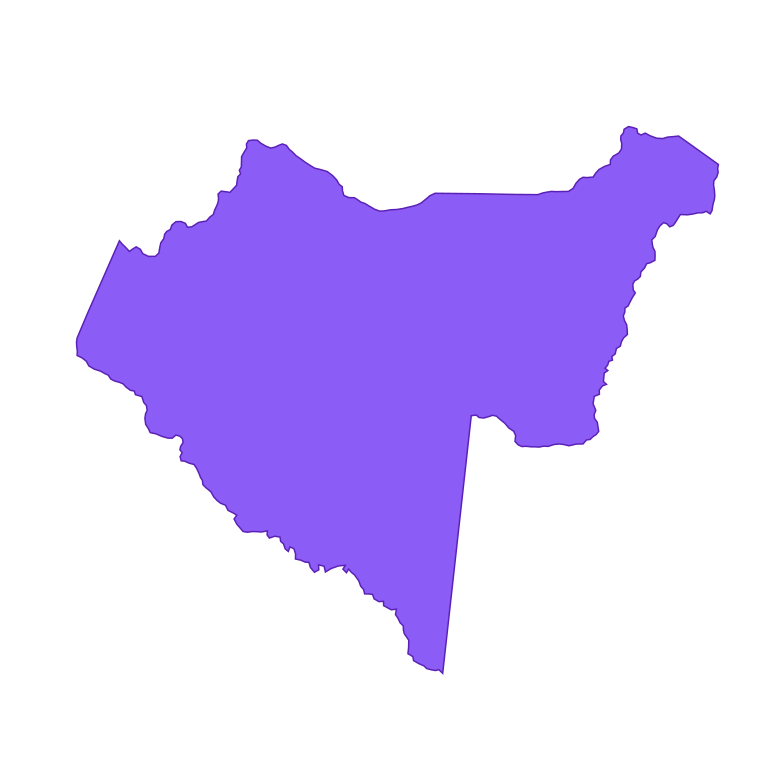 Reserva do Cabaçal, Mato Grosso, Brazil, rotated 276°
{"feature_id": "56859067B45237202156931", "entity_name": "Reserva do Cabaçal", "entity_type": "district", "adm_level": 2, "iso_a3": "BRA", "parent_name": "Brazil", "parent_adm1": "Mato Grosso", "projection": "mercator", "projection_center": [-58.451, -14.934], "detail": "fine", "context": "isolated", "style": "filled", "palette": "violet", "viewbox_px": 768, "rotation_deg": 276, "n_neighbors": 0, "source": "geoboundaries", "source_scale": "gbopen_adm2", "svg_char_len": 4648}
<svg xmlns="http://www.w3.org/2000/svg" viewBox="0 0 768 768"><g transform="rotate(276 384 384)"><path d="M590.7,692.1L597.0,692.4L602.3,693.3L605.9,693.3L610.9,692.4L616.2,691.0L620.5,690.8L624.7,693.3L629.4,694.2L633.2,693.3L637.3,693.6L661.4,651.1L660.2,645.5L659.2,640.2L657.2,635.5L657.0,629.3L658.7,622.7L660.8,617.6L658.5,613.5L660.0,610.0L664.2,608.8L665.1,604.6L665.6,600.3L662.5,596.2L658.5,595.8L655.5,593.7L651.9,593.8L648.1,595.3L642.5,595.6L638.2,593.3L634.6,588.2L630.5,585.8L626.0,586.1L623.5,580.6L619.8,575.4L615.7,572.4L611.7,570.4L610.5,564.3L610.4,560.4L608.1,557.1L603.8,554.0L598.3,551.6L594.8,547.3L594.0,540.6L593.3,535.3L593.0,530.2L591.8,525.8L590.5,521.7L588.4,517.1L586.2,494.4L584.6,476.0L583.3,460.3L579.0,414.8L576.0,409.9L573.2,407.3L567.9,402.0L565.4,397.9L563.6,393.4L562.3,389.4L560.5,384.5L558.9,378.6L558.0,372.6L556.1,365.8L555.5,361.6L556.8,356.4L559.5,350.4L561.5,346.2L562.5,342.0L564.5,338.5L566.2,335.1L565.7,329.7L567.3,324.4L571.8,322.5L575.8,321.9L577.9,318.5L581.8,315.8L585.9,311.1L589.4,305.3L590.7,298.1L591.4,292.5L593.8,287.4L596.3,282.5L598.9,278.1L601.9,272.6L605.1,268.8L607.4,265.3L611.1,262.0L612.1,257.8L610.2,254.1L608.3,251.0L606.8,246.8L608.1,241.9L610.6,236.3L613.2,232.6L613.0,228.7L611.9,223.8L608.3,222.1L604.4,222.8L600.1,220.7L595.3,218.6L590.5,219.0L584.8,219.4L581.5,217.8L578.0,219.4L574.7,216.9L569.8,216.7L566.2,216.6L562.9,214.1L558.5,210.8L558.7,206.0L558.8,201.9L555.5,199.1L551.6,200.0L548.0,200.1L544.0,199.1L539.3,197.4L534.7,196.5L532.0,193.5L527.5,190.3L526.4,186.1L525.2,182.5L522.4,179.1L520.2,176.4L519.4,172.1L523.0,169.7L524.4,165.1L523.7,160.1L519.8,156.4L515.3,155.4L513.1,152.1L510.1,150.2L505.5,149.8L501.2,147.3L496.1,146.7L490.7,146.4L487.1,143.4L486.3,136.4L488.4,130.5L492.5,127.6L494.5,123.2L491.8,119.7L489.2,117.0L492.9,112.7L495.9,108.9L498.8,105.9L423.4,81.8L417.1,79.9L397.8,74.0L393.8,73.8L389.7,74.4L384.3,75.6L380.3,75.8L378.5,80.8L375.6,85.5L371.1,88.6L368.5,94.3L367.2,100.6L365.1,105.5L364.0,108.8L360.4,111.7L358.8,115.8L358.1,120.3L356.9,124.5L353.9,127.9L351.2,132.5L350.9,136.4L347.4,137.9L346.2,144.5L340.5,147.0L337.7,150.0L333.0,151.2L329.6,150.0L324.9,149.8L318.9,151.2L315.1,154.3L311.2,156.6L310.6,162.5L308.7,168.5L307.6,174.7L308.0,179.1L311.5,182.4L310.7,186.6L308.4,189.3L304.9,190.3L300.7,188.3L297.3,187.9L294.6,190.4L290.5,188.8L286.4,190.3L286.4,193.9L284.9,198.4L284.1,203.5L280.3,206.6L275.5,209.5L271.8,211.3L269.1,213.5L265.0,214.4L262.5,217.4L258.7,223.1L253.8,226.6L250.6,230.3L248.3,234.0L246.9,239.0L242.0,242.1L240.0,247.4L238.2,251.3L234.1,249.0L229.1,252.4L226.4,255.3L222.6,259.2L222.3,263.7L223.4,268.0L223.8,272.1L224.0,277.5L225.7,283.3L221.8,283.5L218.8,286.1L221.2,291.3L220.9,296.6L216.6,297.7L214.6,300.7L209.7,303.0L207.5,306.3L212.1,307.5L210.8,311.6L205.8,313.8L200.7,314.2L200.1,319.7L198.6,324.2L198.8,327.9L193.7,330.1L189.5,334.5L192.4,338.6L197.3,337.8L196.5,343.5L190.9,345.4L195.0,350.8L198.4,358.0L199.6,364.5L195.6,362.5L192.4,366.4L196.2,368.2L193.2,371.3L191.1,374.6L185.6,379.5L180.4,382.0L177.5,385.2L173.2,386.7L173.6,390.8L173.6,394.6L169.3,396.6L167.0,401.7L167.8,406.2L163.5,406.8L160.2,414.9L161.4,419.9L155.9,419.5L152.7,422.2L148.1,425.1L145.6,428.4L141.4,429.0L137.9,430.2L131.8,435.4L124.6,436.0L118.3,436.0L115.9,441.2L112.0,442.3L109.6,447.7L107.8,453.3L105.5,456.1L104.8,460.2L104.4,465.0L105.6,468.5L102.4,472.6L361.6,474.1L362.7,479.0L360.6,482.1L360.6,486.8L362.4,491.3L364.2,495.2L363.8,499.2L360.8,503.3L357.6,508.3L353.3,512.7L350.5,518.0L346.5,520.3L340.5,520.3L337.5,523.8L336.2,527.7L336.9,531.8L336.9,536.9L337.3,540.9L337.5,545.0L338.9,549.4L339.1,553.8L341.6,559.4L342.7,564.8L342.6,569.2L341.9,574.4L344.4,581.7L345.2,588.2L349.5,591.2L350.4,594.8L353.6,597.4L355.9,600.3L359.4,602.5L364.2,601.2L368.3,600.1L371.7,597.0L375.5,596.2L379.9,597.4L386.2,594.0L393.7,594.4L396.3,599.3L400.4,598.7L405.0,601.5L406.9,605.3L409.4,602.0L414.0,601.9L417.9,601.9L420.8,605.2L422.8,602.2L426.0,604.4L430.1,605.3L431.6,608.7L435.1,607.7L438.1,610.8L443.6,611.4L446.4,615.1L450.8,615.7L454.8,617.4L458.7,620.9L463.9,620.1L468.3,619.1L472.3,616.5L476.7,614.9L480.9,616.0L484.8,615.7L487.1,618.6L491.0,620.0L496.2,622.1L500.8,624.4L503.6,622.1L509.0,621.0L512.6,622.3L514.9,625.4L517.8,627.7L522.1,627.7L526.8,631.1L531.1,632.6L532.4,636.1L535.4,640.5L539.9,640.2L544.2,639.6L548.2,637.1L551.7,636.1L555.3,635.3L559.1,638.3L565.7,639.8L570.1,641.9L573.7,645.2L572.8,648.8L570.2,651.7L571.9,655.0L574.9,656.8L578.2,658.4L583.5,661.0L584.0,668.2L585.4,673.7L587.0,678.2L587.6,683.0L589.4,686.4L587.3,690.6L590.7,692.1Z" fill="#8b5cf6" stroke="#5b21b6" stroke-width="1.5"/></g></svg>